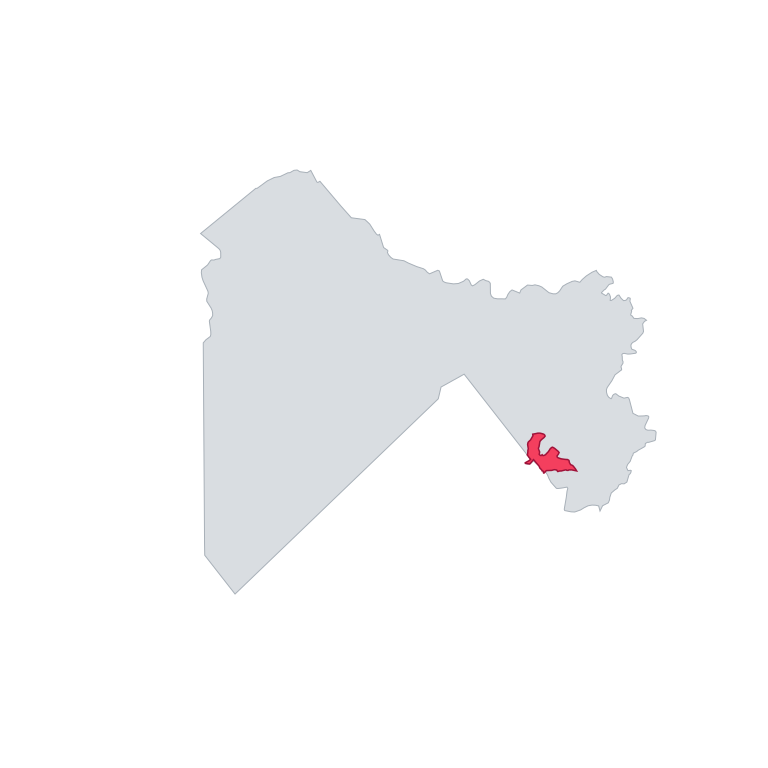 Nioro, Kayes, Mali (highlighted), rotated 232°
{"feature_id": "8926073B70352921020870", "entity_name": "Nioro", "entity_type": "district", "adm_level": 2, "iso_a3": "MLI", "parent_name": "Mali", "parent_adm1": "Kayes", "projection": "natural_earth1", "projection_center": [-9.59, 15.152], "detail": "fine", "context": "in_parent", "style": "filled", "palette": "rose", "viewbox_px": 768, "rotation_deg": 232, "n_neighbors": 0, "source": "geoboundaries", "source_scale": "gbopen_adm2", "svg_char_len": 5453}
<svg xmlns="http://www.w3.org/2000/svg" viewBox="0 0 768 768"><g transform="rotate(232 384 384)"><path d="M175.9,555.7L176.2,553.3L174.3,551.5L174.2,550.7L175.3,543.4L175.2,541.6L176.0,537.9L174.7,536.3L174.4,535.1L171.5,530.4L170.6,526.4L169.0,523.7L165.5,522.9L164.3,525.1L163.5,525.5L162.2,523.9L161.7,522.5L161.7,521.3L157.2,515.0L157.5,511.7L159.2,509.9L159.8,507.0L158.2,503.7L158.4,500.5L158.2,496.0L155.6,492.1L153.8,490.3L152.3,487.6L153.5,481.3L150.9,476.0L155.8,478.1L158.2,476.1L160.5,473.4L162.4,469.8L163.3,465.4L163.7,461.5L165.7,455.5L168.1,452.7L173.0,448.5L174.3,448.9L182.4,457.8L186.9,462.3L188.6,464.6L190.1,464.7L192.4,460.3L194.7,456.5L195.7,455.6L203.8,455.1L208.0,455.8L211.8,456.9L217.1,457.3L231.1,454.4L231.3,452.7L231.1,450.6L231.7,449.0L232.8,447.5L233.8,447.2L234.2,452.2L235.4,453.0L238.7,453.2L342.4,453.2L346.5,427.1L338.9,417.6L310.2,137.3L359.4,137.3L367.9,143.7L527.7,266.9L528.5,270.9L528.4,276.4L529.7,278.1L532.0,279.8L541.1,285.1L541.8,286.1L542.2,288.3L543.3,291.0L545.2,292.5L547.4,293.7L550.2,294.5L558.3,295.3L560.1,296.6L563.7,301.4L565.6,302.4L576.7,305.0L580.2,306.3L584.2,308.6L586.3,310.6L586.4,318.2L588.0,323.2L588.0,324.4L586.3,326.4L585.9,327.9L583.9,331.8L584.4,333.4L588.3,336.4L590.2,337.2L592.3,337.2L615.5,332.1L617.1,403.4L616.3,404.5L615.9,417.1L614.3,424.6L611.4,430.1L609.6,438.3L608.5,439.9L607.8,444.6L606.1,447.3L603.1,448.4L597.8,453.6L597.4,457.8L584.8,455.5L584.0,455.6L583.5,456.1L583.2,458.3L550.9,459.6L535.1,460.6L525.3,470.2L518.8,471.2L510.7,470.4L506.6,470.3L504.9,470.9L504.7,472.6L491.8,467.7L487.0,469.2L486.2,468.7L485.6,467.7L483.2,467.1L479.6,467.3L476.9,468.1L468.8,475.6L464.4,477.6L456.3,482.1L450.6,486.0L448.6,486.7L445.4,486.9L442.8,487.7L440.5,496.4L438.9,497.2L429.1,493.7L427.1,494.3L425.5,495.3L420.1,500.4L417.4,504.5L416.0,509.9L416.2,513.5L415.3,514.5L412.8,514.8L408.3,513.7L406.8,514.2L406.3,516.9L406.4,522.7L405.4,526.7L402.7,527.9L400.7,529.5L399.0,529.9L397.7,529.6L389.8,523.6L387.1,522.7L384.1,523.3L381.3,525.8L376.3,532.1L376.9,534.3L378.3,536.8L379.3,540.0L379.3,542.8L372.1,546.9L373.8,549.9L373.6,558.0L370.3,561.6L369.2,564.0L366.0,566.6L363.2,568.1L354.4,570.2L350.9,572.8L349.3,574.9L348.9,577.1L349.2,579.7L351.0,585.0L350.4,589.8L349.0,595.5L347.7,598.0L343.6,600.9L344.3,604.6L344.6,609.9L344.0,616.7L342.8,621.3L341.8,620.9L337.9,621.1L333.7,622.5L332.2,623.7L331.8,625.3L328.2,629.0L325.9,628.7L323.6,627.7L322.4,626.8L322.4,626.2L323.7,623.2L323.8,622.2L322.4,616.9L322.6,615.6L322.1,611.6L321.7,611.4L317.1,613.2L316.9,613.9L317.6,616.5L317.1,616.9L315.5,616.8L313.1,616.0L310.6,613.7L309.9,614.4L309.7,616.3L309.5,618.5L310.2,622.4L309.5,623.9L305.5,623.6L302.2,624.1L301.3,625.5L301.0,627.1L301.8,628.9L301.7,629.6L300.3,630.7L299.6,630.6L297.8,628.7L290.4,626.8L289.8,624.2L289.0,624.1L286.6,620.9L285.6,621.0L284.8,621.5L281.9,621.3L279.4,624.1L277.6,627.6L275.6,629.3L272.6,630.1L273.0,627.8L272.1,624.8L265.7,620.9L264.7,619.3L263.1,610.6L263.1,608.0L263.6,605.7L263.4,604.0L262.7,602.6L260.8,601.3L258.8,600.7L256.2,602.4L255.0,602.7L253.9,602.6L253.3,602.0L253.4,601.1L256.1,596.4L257.5,594.5L260.2,592.2L260.9,591.1L260.9,590.2L260.7,589.5L258.9,588.6L256.1,586.5L254.6,586.2L253.3,585.2L252.0,581.8L251.4,581.2L250.1,580.8L248.9,580.0L249.0,571.7L246.3,565.6L243.8,557.7L242.6,555.8L240.4,554.2L237.7,553.1L235.3,552.9L232.6,553.8L232.6,554.5L234.1,557.0L234.4,558.4L234.1,559.8L233.6,560.7L230.0,561.6L225.1,564.4L223.5,567.7L222.4,568.2L220.5,567.7L207.6,562.1L202.2,564.6L198.6,569.5L197.8,571.1L196.2,572.5L195.2,572.5L194.3,571.6L190.5,564.1L188.9,562.4L186.9,562.3L185.1,563.5L183.3,566.0L181.0,568.3L179.6,569.0L178.3,568.6L173.0,563.6L172.7,562.6L175.1,556.6L175.9,555.7Z" fill="#d9dde1" stroke="#a8b0b8" stroke-width="1"/><path d="M209.9,482.7L211.4,482.2L213.2,480.2L215.9,477.6L218.7,475.7L219.9,475.5L220.8,476.1L221.4,478.3L222.2,479.8L223.7,479.8L225.5,479.4L228.4,478.8L230.3,478.0L230.6,477.7L230.8,476.7L230.7,476.5L230.7,475.3L229.9,473.1L229.4,471.4L229.1,468.9L228.8,467.8L229.3,465.8L229.9,465.1L230.3,465.0L230.5,465.1L230.9,465.1L230.9,464.6L230.9,463.7L231.2,463.4L232.0,463.1L233.0,463.0L234.6,464.8L237.2,465.6L238.4,466.2L239.1,467.5L241.1,469.7L242.7,471.4L243.2,473.7L243.3,477.2L243.7,478.8L244.6,479.2L246.1,479.0L247.7,477.9L249.3,476.6L250.6,474.9L251.7,472.6L252.9,470.3L251.5,469.5L249.7,465.0L249.5,462.4L249.3,461.6L248.5,460.6L248.0,460.0L244.1,457.8L243.2,456.6L242.0,455.6L241.7,455.3L240.3,454.0L239.9,453.3L239.9,453.2L238.6,453.2L237.0,453.1L236.2,453.1L235.4,453.2L234.4,453.2L234.3,452.7L234.3,452.3L234.3,450.9L234.5,449.8L234.7,448.8L234.7,448.7L234.8,448.0L234.9,447.4L235.0,446.8L234.4,446.5L233.4,447.4L231.2,449.6L231.4,450.7L231.4,450.9L231.7,452.3L232.4,455.1L232.4,455.3L232.2,455.3L231.7,455.3L230.3,455.4L229.9,455.4L229.4,455.4L228.4,455.4L224.5,455.6L224.3,455.6L224.1,455.6L223.9,455.6L223.7,455.6L223.2,455.5L222.8,455.4L222.5,455.2L222.1,455.1L221.0,455.1L220.9,455.2L218.8,455.3L218.5,455.3L218.2,455.1L217.4,455.7L217.1,455.7L216.8,455.7L216.2,455.2L215.9,455.0L215.5,455.0L215.3,455.3L215.6,457.6L215.7,457.8L215.8,458.6L213.6,461.7L212.7,462.9L211.7,465.4L210.7,466.4L209.9,467.1L208.1,467.0L207.8,467.5L207.3,468.9L206.3,470.2L206.0,470.9L204.9,473.4L204.3,474.6L203.4,474.9L202.6,475.8L202.4,476.9L200.8,479.0L196.9,482.3L199.2,482.6L202.0,482.6L203.6,482.5L205.6,481.4L207.8,481.7L209.9,482.7Z" fill="#f43f5e" stroke="#9f1239" stroke-width="1.5"/></g></svg>